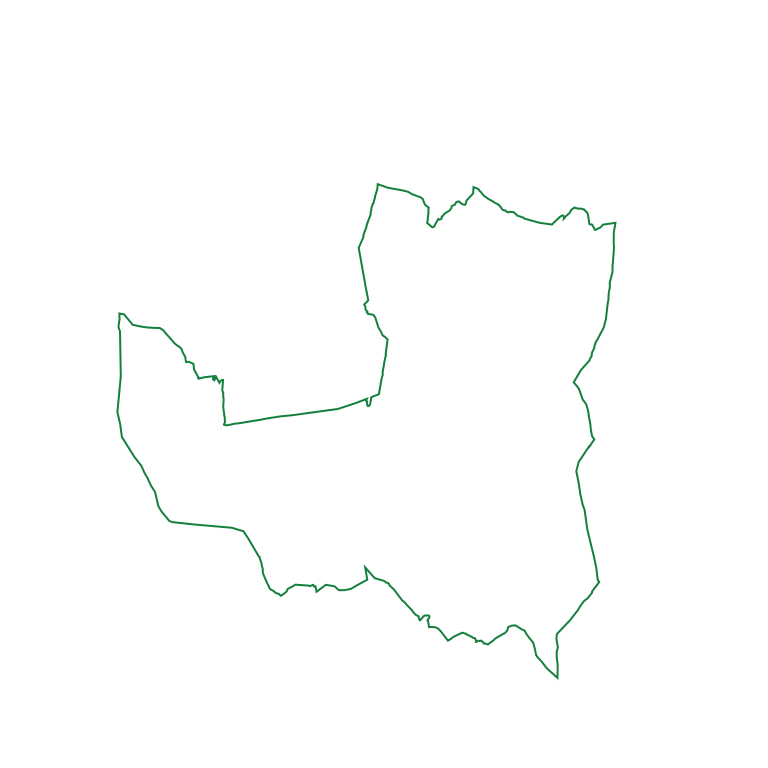 the district of Lund nor, Rogaland, Norway, rotated 111°
{"feature_id": "86288312B14474209678121", "entity_name": "Lund nor", "entity_type": "district", "adm_level": 2, "iso_a3": "NOR", "parent_name": "Norway", "parent_adm1": "Rogaland", "projection": "robinson", "projection_center": [6.449, 58.464], "detail": "fine", "context": "isolated", "style": "outline", "palette": "green", "viewbox_px": 768, "rotation_deg": 111, "n_neighbors": 0, "source": "geoboundaries", "source_scale": "gbopen_adm2", "svg_char_len": 6142}
<svg xmlns="http://www.w3.org/2000/svg" viewBox="0 0 768 768"><g transform="rotate(111 384 384)"><path d="M168.1,371.0L174.2,369.1L182.4,372.4L183.6,372.7L184.6,372.4L185.4,372.5L186.3,372.3L187.7,372.5L188.1,375.4L186.7,379.4L187.5,380.5L187.4,380.8L188.8,381.9L191.1,382.0L193.0,384.0L193.8,384.5L195.7,384.2L198.4,384.9L202.8,388.2L204.1,388.9L206.3,389.4L207.1,390.1L208.8,389.5L209.1,389.6L210.6,390.9L210.5,392.5L219.5,393.8L220.4,395.1L218.1,401.6L215.2,401.9L214.4,402.3L207.7,404.0L206.4,404.5L205.5,405.1L203.5,405.3L201.8,410.2L197.4,414.1L196.7,416.2L196.6,416.8L196.7,420.2L196.7,425.9L196.0,430.1L196.0,431.2L196.8,437.2L198.4,445.2L199.4,450.8L199.7,461.5L203.6,460.3L206.8,459.9L211.9,459.6L213.8,459.1L216.6,459.0L219.1,458.6L219.8,459.1L220.6,458.8L222.1,459.0L224.3,458.8L225.8,458.3L228.6,458.0L230.3,457.2L239.7,457.2L243.1,456.9L244.8,456.5L245.7,456.7L249.4,456.7L252.0,456.5L252.6,456.6L253.8,455.9L266.0,456.4L298.2,436.9L298.9,436.7L299.6,436.1L311.5,428.7L312.5,429.0L316.6,430.9L317.1,430.9L317.9,429.6L319.8,428.4L320.3,428.4L321.6,427.4L321.9,426.3L322.1,426.0L322.3,425.5L322.6,425.5L323.0,425.8L323.3,425.7L323.2,425.3L323.7,424.6L324.3,424.1L323.2,418.7L324.9,416.1L333.2,409.5L335.5,406.5L339.1,402.6L339.9,399.2L341.2,396.6L355.7,393.1L356.7,392.4L358.6,392.3L362.5,391.7L374.3,389.3L375.5,388.5L379.7,388.2L395.4,385.1L400.7,391.0L401.5,391.1L403.4,390.5L404.9,390.4L408.0,389.7L408.9,389.8L410.1,390.4L410.4,390.8L409.9,391.8L409.4,392.3L407.7,393.0L406.3,393.8L406.2,394.6L405.0,394.8L404.0,394.7L412.4,404.1L423.8,418.1L446.1,458.6L451.5,469.4L457.9,480.5L461.8,486.8L472.8,505.6L474.8,509.6L476.8,512.5L479.3,516.8L479.3,518.8L476.1,518.9L475.7,519.0L475.0,519.6L472.2,520.7L471.2,521.5L462.6,526.1L456.3,528.0L452.5,530.0L451.4,530.3L449.8,531.0L448.2,532.4L447.4,532.9L437.9,535.7L438.4,536.7L439.9,537.8L441.9,538.1L437.6,543.1L441.4,543.8L440.8,545.3L440.2,545.5L439.4,545.6L438.6,545.3L437.4,545.2L442.1,554.2L443.9,556.7L445.4,558.9L444.4,559.5L444.7,559.9L443.8,560.3L438.6,566.5L433.5,569.1L433.2,574.2L434.5,576.6L431.7,578.3L430.5,578.9L429.4,579.9L428.8,580.5L428.4,581.2L426.3,583.4L423.8,585.7L422.6,588.4L422.3,589.4L422.2,590.9L421.0,594.4L419.5,596.9L414.8,606.1L413.3,608.6L412.9,609.5L412.1,613.4L414.5,620.3L416.2,625.7L417.6,632.3L418.8,639.7L412.1,651.8L413.0,655.9L413.2,655.6L413.5,655.5L413.8,655.8L414.2,655.8L415.0,655.4L415.4,655.4L416.7,654.9L417.5,654.2L424.0,652.9L426.6,651.9L429.5,649.3L471.1,632.5L505.8,622.8L515.9,616.0L527.4,609.7L541.6,590.8L547.3,581.3L553.2,575.3L556.8,570.8L562.4,565.1L566.8,559.1L579.0,550.8L582.9,545.8L588.7,535.5L588.9,532.5L583.0,510.2L572.7,474.4L572.4,469.1L571.8,462.5L577.2,454.9L589.8,439.2L590.0,438.2L591.6,437.2L595.2,434.2L599.0,431.8L600.1,430.9L603.6,429.5L604.3,429.0L610.2,423.3L616.1,417.1L616.4,416.3L616.9,412.8L617.9,410.0L617.6,406.9L618.7,404.4L614.9,401.8L612.6,400.6L611.9,400.4L610.5,400.6L609.4,400.1L609.1,399.7L608.3,399.2L606.5,397.4L603.1,394.8L599.2,382.1L599.3,381.3L599.1,380.5L596.9,378.3L596.9,377.9L598.0,377.0L598.1,376.1L597.5,375.4L602.1,372.5L592.3,366.3L591.1,360.3L590.6,357.4L592.5,352.8L592.5,351.7L590.5,346.8L587.1,341.4L581.6,337.1L572.7,329.5L562.0,335.8L568.6,323.1L567.8,313.1L568.6,310.9L568.3,309.1L568.8,307.8L570.2,306.4L572.2,301.2L579.3,289.8L579.6,289.6L580.0,287.5L583.0,281.6L584.8,277.5L586.8,274.5L588.2,271.4L588.3,269.2L588.6,268.3L589.3,268.1L591.7,266.1L591.7,265.7L590.7,265.2L586.8,263.9L585.9,263.3L585.3,262.6L584.7,260.7L584.3,260.3L584.2,259.8L584.2,259.2L584.4,258.6L584.7,258.3L585.5,258.0L586.3,258.0L587.8,258.6L589.3,258.6L589.3,258.0L589.5,257.9L594.8,254.8L593.0,250.2L592.7,248.5L592.9,245.9L594.7,242.0L600.7,232.3L597.7,230.0L595.9,229.1L593.2,226.7L588.1,221.8L587.8,217.7L588.4,216.5L588.2,215.0L589.1,208.9L588.8,208.1L588.8,207.8L590.8,206.0L591.4,205.6L591.7,205.6L591.5,205.2L589.9,204.0L589.7,202.9L588.7,201.1L589.2,200.5L589.2,199.7L589.5,199.3L589.5,198.9L589.7,198.4L590.5,197.8L590.5,197.4L589.9,195.8L589.9,193.7L584.1,189.9L581.9,189.0L574.9,183.5L573.3,181.9L570.1,180.6L566.6,181.0L563.8,178.2L562.2,174.6L563.7,167.6L563.8,164.4L566.0,161.9L569.2,157.1L571.8,152.2L577.4,148.1L582.5,144.9L584.0,142.8L586.4,137.8L589.9,132.1L591.4,129.3L596.2,116.7L583.7,121.3L578.0,124.4L572.6,126.7L567.7,127.3L559.9,131.8L555.5,133.0L537.9,125.7L525.9,122.0L521.3,121.2L515.4,119.7L511.3,117.3L507.8,116.0L504.2,115.0L503.1,115.4L491.7,112.1L490.4,114.2L479.6,119.9L470.0,126.1L447.2,141.9L429.5,151.7L426.0,154.9L416.7,161.1L407.1,166.5L396.6,173.2L387.0,174.3L368.9,170.2L369.0,170.0L368.3,170.0L367.9,169.7L367.7,169.4L367.3,169.4L367.0,169.2L366.8,169.3L360.3,167.8L358.2,171.0L352.6,174.5L347.1,177.2L340.8,181.2L337.0,183.1L330.8,187.6L328.9,190.3L328.4,191.2L328.0,191.6L327.4,192.8L318.5,200.4L318.2,201.2L317.0,202.7L316.6,203.6L314.4,207.5L300.2,205.1L288.3,200.6L287.2,200.8L285.4,200.6L284.4,200.2L283.3,200.1L282.8,200.5L280.9,200.9L279.6,201.0L275.1,200.6L272.6,201.2L270.7,201.0L270.4,201.3L269.7,201.4L265.2,200.6L252.4,199.1L243.8,200.1L228.8,204.0L224.6,204.7L223.0,205.4L217.6,207.0L213.2,207.7L210.1,208.8L209.7,209.2L208.6,209.5L197.3,210.9L191.2,213.2L189.8,213.5L174.3,218.1L171.3,219.6L160.3,223.7L150.6,225.7L156.7,236.6L160.2,238.0L164.5,242.0L164.3,242.5L161.2,246.2L160.6,247.2L161.1,248.7L161.1,249.4L160.5,249.9L152.6,254.4L150.7,256.4L150.6,257.4L150.0,258.3L149.9,258.9L149.3,260.1L149.6,260.9L149.6,261.2L149.7,261.9L149.6,262.8L149.8,263.1L149.9,263.8L150.8,265.4L150.7,266.8L151.1,267.8L151.0,269.4L154.1,271.5L158.1,272.1L162.2,274.4L165.2,275.4L163.0,276.1L162.6,276.9L162.5,277.5L164.3,279.3L171.4,282.8L174.9,284.3L177.8,296.7L179.3,312.3L179.0,312.6L178.6,313.4L179.0,315.4L178.8,316.8L178.9,317.5L179.1,319.6L178.5,320.7L178.1,322.0L177.7,322.9L177.1,324.5L178.2,328.4L179.1,329.2L179.2,330.3L179.3,330.7L179.3,331.1L178.5,332.7L178.8,333.7L178.9,335.5L178.3,336.8L177.5,337.6L176.7,339.2L176.2,339.8L175.6,340.8L175.7,341.6L175.3,342.5L175.1,345.5L174.4,348.3L174.3,349.7L173.8,353.0L172.7,357.4L171.7,359.8L170.2,362.0L169.5,363.9L168.2,365.8L168.1,371.0Z" fill="none" stroke="#15803d" stroke-width="2"/></g></svg>